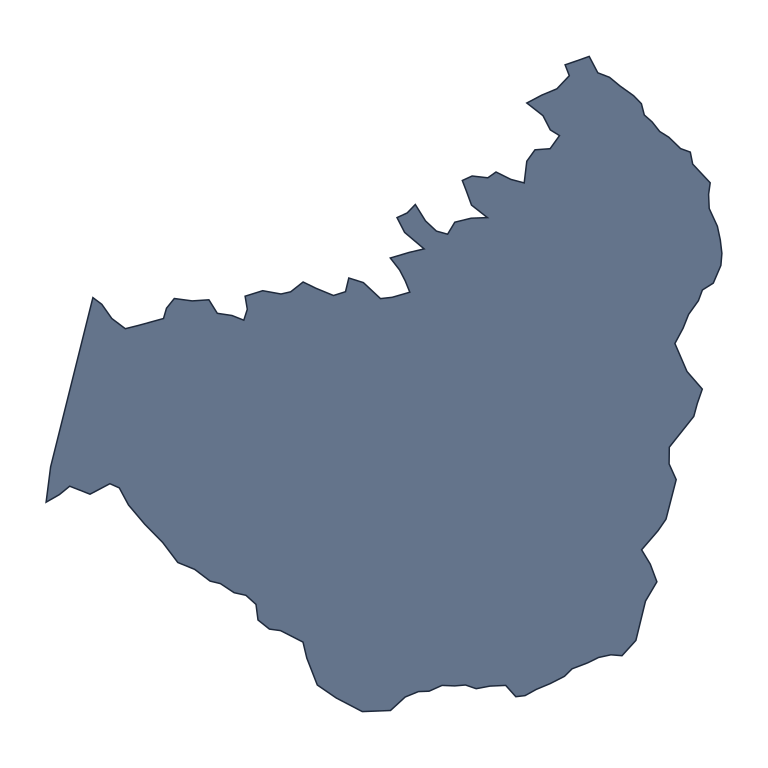 the district of Mariópolis, Paraná, Brazil
{"feature_id": "56859067B64203059437123", "entity_name": "Mariópolis", "entity_type": "district", "adm_level": 2, "iso_a3": "BRA", "parent_name": "Brazil", "parent_adm1": "Paraná", "projection": "albers", "projection_center": [-52.576, -26.325], "detail": "fine", "context": "isolated", "style": "filled", "palette": "slate", "viewbox_px": 768, "rotation_deg": 0, "n_neighbors": 0, "source": "geoboundaries", "source_scale": "gbopen_adm2", "svg_char_len": 1891}
<svg xmlns="http://www.w3.org/2000/svg" viewBox="0 0 768 768"><path d="M589.2,56.4L576.8,60.8L565.1,64.8L569.3,75.7L556.9,88.8L542.0,95.0L526.8,103.0L543.0,115.7L550.3,129.9L559.5,135.6L550.1,148.7L535.0,149.8L526.8,161.2L524.2,182.9L510.9,179.4L496.0,172.0L487.8,177.8L472.1,176.0L462.3,180.5L466.5,191.4L471.5,205.1L487.4,217.6L471.1,218.2L454.8,222.2L447.6,234.2L436.4,231.1L425.5,220.9L415.3,204.5L407.2,212.9L397.0,217.6L404.6,232.4L424.1,248.9L409.2,252.4L390.3,258.0L399.6,270.0L405.2,280.8L409.8,292.2L392.2,297.3L380.5,298.6L363.4,282.6L348.8,278.0L345.5,291.7L333.5,295.5L315.8,288.2L303.1,282.0L290.7,291.8L281.0,294.0L262.7,290.7L245.1,296.2L247.3,309.3L243.8,320.2L232.0,315.5L217.3,313.3L208.9,299.8L192.2,300.9L174.3,298.5L166.5,308.2L163.5,318.5L138.5,325.4L125.3,328.7L111.8,318.5L101.8,304.3L92.9,297.6L50.6,466.9L46.1,502.2L59.4,494.6L69.7,486.2L90.0,494.2L109.9,483.7L119.3,487.9L128.5,505.0L144.8,524.3L162.7,542.5L177.8,562.5L194.7,569.4L210.1,581.1L220.4,583.6L234.1,592.7L245.9,595.3L256.0,604.4L258.0,620.0L269.4,629.1L280.5,630.6L303.0,642.1L306.8,658.1L317.3,685.0L336.4,698.1L362.3,711.6L390.5,710.5L405.2,697.0L418.4,691.6L429.1,691.2L442.0,685.4L454.7,685.9L465.5,685.0L476.2,688.7L489.9,686.1L505.7,685.4L515.8,696.7L525.1,695.6L536.3,689.4L550.2,683.6L564.5,676.3L572.1,668.8L587.8,662.8L598.5,657.5L610.9,654.8L622.0,655.7L635.9,640.4L645.5,601.1L656.9,581.8L650.3,564.2L641.6,549.8L657.9,530.9L666.0,519.2L676.2,479.6L669.1,463.9L669.3,447.2L693.8,416.4L697.3,403.5L702.3,389.1L687.0,371.5L674.9,343.5L683.1,328.2L688.6,314.4L698.4,300.7L702.4,290.0L713.3,283.1L720.9,265.4L721.9,253.4L720.3,239.9L717.4,226.3L709.2,208.5L708.6,194.3L710.2,182.8L692.7,164.1L690.3,152.1L680.6,148.6L668.8,137.2L659.7,131.5L652.1,121.9L644.3,115.0L641.4,103.7L633.6,95.7L619.9,85.9L609.5,77.3L597.8,72.8L589.2,56.4Z" fill="#64748b" stroke="#1e293b" stroke-width="1.5"/></svg>